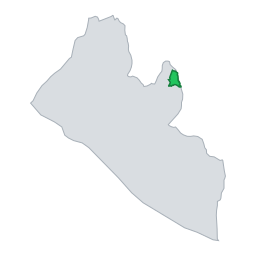 location of Gbehlay-Geh, Nimba, Liberia
{"feature_id": "62588387B4114270001160", "entity_name": "Gbehlay-Geh", "entity_type": "district", "adm_level": 2, "iso_a3": "LBR", "parent_name": "Liberia", "parent_adm1": "Nimba", "projection": "robinson", "projection_center": [-8.457, 7.361], "detail": "fine", "context": "in_parent", "style": "filled", "palette": "green", "viewbox_px": 256, "rotation_deg": 0, "n_neighbors": 0, "source": "geoboundaries", "source_scale": "gbopen_adm2", "svg_char_len": 3158}
<svg xmlns="http://www.w3.org/2000/svg" viewBox="0 0 256 256"><path d="M30.6,103.1L33.1,100.7L36.8,93.0L42.0,85.6L46.8,81.2L50.7,76.7L54.7,73.2L60.5,69.1L69.4,58.5L71.4,57.2L72.9,49.9L75.1,40.5L77.7,37.6L83.7,35.8L85.1,34.2L87.2,27.6L88.6,19.9L88.7,18.2L91.1,18.0L95.2,16.3L97.5,17.1L98.6,19.3L99.1,21.2L111.4,16.4L112.5,15.4L113.1,15.5L114.7,19.9L115.6,19.6L116.3,18.3L117.1,18.2L118.1,18.8L119.0,20.8L120.6,22.6L123.3,23.9L125.0,25.7L124.8,30.3L125.4,34.8L126.6,35.8L127.2,38.5L127.5,41.5L128.1,43.0L128.6,46.0L128.4,49.2L128.8,51.5L130.8,55.3L132.0,60.2L132.0,63.7L131.3,67.3L130.0,70.7L127.7,74.3L127.5,75.7L128.9,76.7L130.9,76.9L132.7,76.1L137.0,77.8L139.3,80.2L141.3,83.1L143.1,84.6L143.9,86.5L147.0,86.0L150.6,84.2L151.3,83.3L152.4,83.8L154.7,84.0L156.3,80.7L157.7,77.0L160.4,73.0L161.8,71.4L162.2,68.9L162.3,65.5L163.3,62.7L165.6,61.1L168.1,61.1L169.5,61.7L170.1,64.5L172.1,66.6L173.8,68.1L174.7,68.7L176.2,70.3L177.5,75.9L182.8,94.1L182.6,99.1L181.5,102.4L181.5,105.6L181.1,108.8L177.9,114.0L168.3,124.6L169.0,125.5L171.3,126.7L173.7,127.4L175.6,127.0L178.0,129.7L180.6,133.0L183.3,134.8L187.2,136.3L190.7,136.4L193.6,135.9L197.8,136.5L202.2,139.3L203.8,143.8L204.8,147.8L206.4,149.8L206.6,153.3L209.7,156.3L214.2,156.9L220.0,160.4L221.5,160.2L222.1,159.8L222.8,160.5L224.3,170.7L225.4,176.1L224.8,178.3L224.0,180.0L224.0,188.3L221.4,193.0L220.9,198.2L220.2,199.9L217.4,201.4L217.4,205.4L216.6,210.2L216.3,215.3L217.1,228.7L217.3,238.8L218.5,240.6L213.1,239.8L197.0,232.2L184.6,227.8L143.2,202.8L131.7,192.8L118.4,177.8L88.9,147.7L82.2,142.9L73.7,140.6L68.5,138.0L64.8,135.2L61.8,126.9L54.4,121.9L40.8,114.9L30.6,103.1Z" fill="#d9dde1" stroke="#a8b0b8" stroke-width="1"/><path d="M168.8,86.1L169.3,86.1L169.5,85.9L169.9,85.5L170.0,85.6L170.4,85.5L170.9,85.7L170.9,86.1L171.2,86.2L171.5,86.1L172.0,85.7L172.3,85.4L172.8,85.1L173.0,85.1L173.3,85.3L173.6,85.2L174.0,84.8L174.3,84.6L175.0,84.6L175.8,84.7L176.3,84.9L176.4,85.0L176.8,85.2L177.1,85.4L177.9,85.9L178.2,86.1L178.8,86.7L179.5,87.0L179.9,87.0L181.0,86.9L181.0,86.7L181.0,86.4L180.9,86.4L180.8,86.2L180.7,85.9L180.4,85.6L180.1,85.7L180.0,85.3L179.8,85.3L179.7,85.2L179.4,84.7L179.5,84.6L179.7,84.4L179.8,84.1L179.9,83.9L179.9,83.7L180.0,83.5L179.9,83.2L179.8,82.9L179.7,82.8L179.5,82.7L179.4,82.3L179.1,82.2L179.2,81.8L178.8,81.6L178.7,81.3L178.5,81.0L178.4,80.8L178.3,80.7L178.2,80.7L178.1,80.3L178.1,79.9L178.1,79.5L178.0,79.2L178.1,78.9L178.0,78.7L178.0,78.2L178.0,77.7L178.0,76.9L177.9,76.2L177.8,75.8L177.8,75.6L177.6,75.5L177.5,75.4L177.4,75.3L177.4,75.0L177.3,74.8L177.3,74.6L177.5,74.5L177.6,74.0L177.6,73.5L177.6,73.3L177.6,73.0L177.5,72.8L177.3,72.7L177.0,72.6L176.8,72.4L176.1,71.9L175.4,71.3L175.2,71.3L175.2,71.1L174.5,71.0L174.3,71.0L173.8,70.9L173.7,70.9L173.3,70.8L172.9,70.8L172.8,70.7L172.5,70.4L172.4,70.3L171.7,72.0L171.5,72.7L171.2,73.4L170.5,75.3L170.4,75.6L170.0,76.7L169.8,77.3L169.7,77.6L169.7,77.9L170.1,78.6L170.1,79.1L169.9,79.4L169.7,79.5L169.2,79.7L168.6,79.7L168.8,80.0L169.5,81.1L170.2,82.2L170.2,82.3L170.2,82.8L169.9,83.6L169.5,84.4L169.5,84.6L169.4,84.8L169.2,84.9L169.1,85.0L168.7,85.8L168.8,86.1Z" fill="#22c55e" stroke="#15803d" stroke-width="1.5"/></svg>